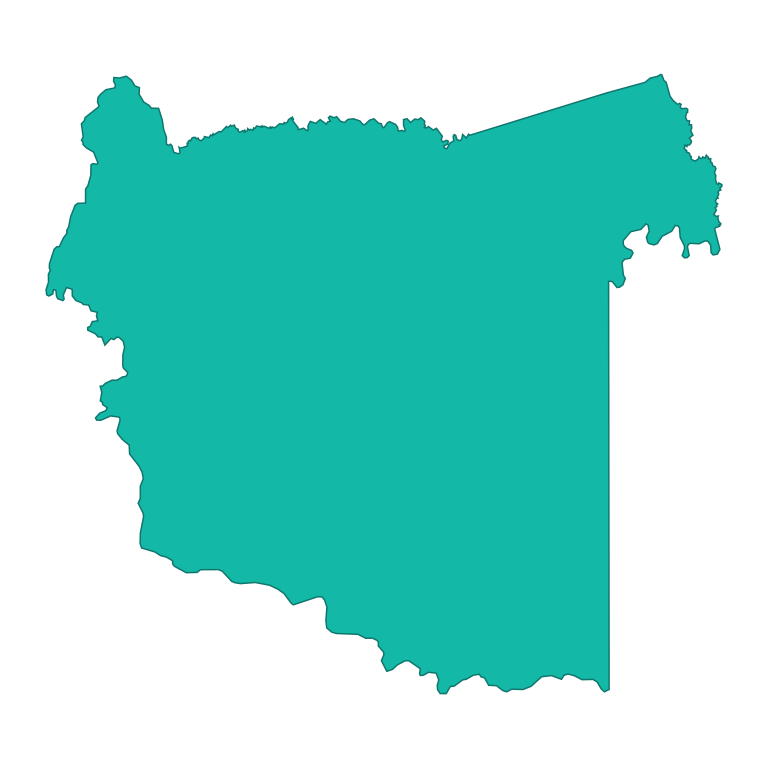 La Macarena, Meta, Colombia
{"feature_id": "7082276B91744588018589", "entity_name": "La Macarena", "entity_type": "district", "adm_level": 2, "iso_a3": "COL", "parent_name": "Colombia", "parent_adm1": "Meta", "projection": "natural_earth1", "projection_center": [-73.869, 2.122], "detail": "fine", "context": "isolated", "style": "filled", "palette": "teal", "viewbox_px": 768, "rotation_deg": 0, "n_neighbors": 0, "source": "geoboundaries", "source_scale": "gbopen_adm2", "svg_char_len": 6041}
<svg xmlns="http://www.w3.org/2000/svg" viewBox="0 0 768 768"><path d="M126.3,76.2L119.4,78.0L113.9,77.5L113.6,81.4L115.4,84.7L114.8,87.9L106.0,89.7L100.3,94.5L98.0,97.6L97.5,101.8L99.0,106.0L98.2,107.2L85.2,117.5L84.3,120.7L81.4,123.8L83.2,136.7L81.5,140.2L83.0,142.1L83.0,144.4L86.4,147.9L93.6,152.1L97.9,162.9L96.9,164.3L93.1,163.6L91.0,164.8L90.8,175.3L87.9,185.8L85.6,189.0L85.5,203.1L77.8,203.3L75.1,205.3L70.6,216.8L68.6,227.1L66.8,230.4L66.9,233.4L63.6,237.6L59.3,246.7L57.0,246.6L54.2,249.2L49.5,263.6L49.3,268.0L50.3,270.2L48.4,274.3L48.5,282.2L46.1,289.6L46.7,294.8L48.9,296.0L52.7,294.0L53.4,289.8L54.6,289.7L56.0,291.0L56.5,296.2L57.8,298.7L62.8,300.6L64.1,299.1L63.3,295.0L66.5,287.5L72.2,289.3L72.3,295.9L75.8,300.5L81.5,302.7L83.3,304.5L88.6,305.0L91.0,310.8L97.3,312.3L96.5,315.9L97.8,320.8L92.3,321.6L90.3,326.2L87.7,327.5L87.8,330.2L95.3,333.7L98.1,336.9L101.8,337.0L104.9,345.1L110.9,338.5L114.0,339.6L117.0,337.0L119.4,337.6L123.2,341.3L124.6,347.2L122.9,354.8L122.8,365.9L123.4,368.1L127.6,372.3L127.3,374.5L126.0,376.3L122.6,376.9L116.6,380.3L112.2,380.1L105.4,383.3L102.6,386.0L100.2,386.2L101.8,392.4L100.3,400.9L102.4,402.3L102.7,404.6L107.2,407.6L105.9,410.6L99.7,413.2L95.5,417.9L96.6,420.1L101.0,420.2L110.8,415.9L119.5,417.2L120.1,420.1L117.1,430.7L117.6,433.6L122.3,439.4L129.2,445.1L129.6,454.0L139.3,466.5L142.1,472.3L143.3,478.7L140.3,486.2L140.3,498.4L138.2,503.2L143.1,513.1L143.6,516.6L140.4,532.8L140.1,543.4L141.6,548.0L155.0,552.0L160.5,555.6L166.4,557.1L172.4,560.6L172.9,564.3L174.6,566.4L186.3,572.7L197.1,572.4L200.5,569.7L218.5,569.6L222.3,571.2L231.7,581.4L234.9,582.7L240.4,583.6L255.3,582.5L269.4,585.2L277.6,589.0L284.1,593.6L291.1,603.1L293.4,604.8L317.4,596.8L321.9,596.9L324.6,600.0L326.9,607.0L325.9,620.9L326.8,628.0L331.7,632.1L336.2,633.5L357.9,634.3L365.8,638.3L372.4,638.1L377.1,640.4L378.4,642.1L378.3,646.0L383.7,652.2L383.8,655.0L381.4,660.6L386.8,671.3L392.5,669.4L397.3,664.9L404.9,660.9L408.7,660.7L420.3,668.7L419.6,673.5L420.3,675.5L423.5,675.2L428.5,672.3L436.2,673.1L438.8,679.9L437.2,685.4L437.6,689.7L440.2,693.6L446.2,693.6L450.4,686.4L454.0,686.2L462.9,679.8L466.2,679.3L473.5,675.1L479.4,674.3L481.0,676.8L484.6,677.9L488.7,685.3L496.6,685.7L502.7,690.5L506.9,691.8L511.7,689.2L523.0,689.5L531.1,686.3L541.7,676.7L551.5,675.6L561.5,679.3L564.0,675.3L568.1,674.0L574.5,675.8L582.1,679.7L593.0,679.4L597.2,682.0L601.2,688.9L604.4,691.8L609.1,689.5L608.6,281.3L612.1,281.4L617.0,287.5L619.6,287.2L622.9,284.8L625.3,278.6L623.4,275.2L622.0,262.4L624.7,259.2L630.3,258.2L633.0,253.1L631.6,250.4L626.6,248.4L624.2,246.2L623.2,243.9L623.4,240.4L630.8,231.7L640.9,229.4L646.1,223.8L648.1,225.1L649.2,231.1L646.4,237.2L647.7,242.1L649.1,243.6L654.0,244.9L657.4,243.5L662.1,236.3L671.7,231.2L675.2,225.5L678.3,226.0L679.5,228.2L680.2,237.5L684.4,245.8L684.5,249.0L682.2,255.6L684.4,257.8L687.1,257.6L689.2,255.6L687.4,246.7L688.4,244.4L690.4,243.3L699.1,243.8L705.0,240.9L707.8,241.2L710.6,245.1L711.2,252.8L713.1,254.9L717.3,254.2L719.9,249.4L714.7,229.1L715.3,227.8L719.6,226.3L719.0,224.9L720.5,224.9L720.8,223.7L718.8,221.6L717.8,218.0L718.3,216.0L716.0,216.4L713.8,214.4L716.4,210.2L715.2,207.7L717.0,206.4L716.5,204.6L717.7,203.9L715.8,202.4L715.5,200.6L716.8,198.3L718.0,198.3L717.5,197.0L718.8,193.9L718.0,192.5L718.7,190.9L720.9,189.9L719.7,188.1L721.8,186.5L721.9,184.6L718.8,182.9L718.1,184.5L716.6,183.5L715.5,179.5L715.8,175.4L714.4,172.9L715.9,168.9L715.1,166.7L713.0,166.0L711.8,162.5L710.5,162.3L710.7,158.7L708.5,159.1L708.5,157.4L706.3,155.2L705.1,158.2L702.8,156.9L702.1,158.4L700.5,158.5L699.0,156.8L698.2,159.1L695.1,161.1L691.2,159.3L691.2,156.5L690.2,156.2L689.4,153.2L686.5,152.0L686.7,150.6L684.3,148.6L684.9,145.0L686.9,146.6L687.5,144.9L689.4,145.0L690.9,143.2L691.5,141.2L689.4,138.0L692.9,135.2L690.6,130.4L691.7,128.3L691.5,124.8L689.2,125.0L689.5,120.9L687.1,120.8L685.5,117.1L686.8,112.4L687.6,112.3L687.7,109.3L686.3,108.3L681.3,108.7L680.2,106.7L681.1,104.4L679.6,103.4L677.6,104.4L673.1,100.5L670.0,96.1L666.2,82.4L663.9,80.4L661.9,75.0L660.9,74.4L657.4,76.4L650.2,78.1L645.0,82.4L606.7,92.9L474.2,133.9L469.7,135.2L468.6,134.2L466.3,138.0L462.7,134.5L461.5,139.5L460.1,140.7L456.9,139.5L455.7,135.4L454.2,134.6L453.2,136.2L453.7,141.0L450.0,143.0L447.0,148.6L444.8,148.3L443.7,145.9L447.6,144.2L448.4,141.3L446.5,140.3L443.0,141.9L442.0,141.2L441.3,139.7L442.3,136.2L436.4,128.3L433.2,130.1L428.5,126.6L426.2,128.0L424.4,127.5L425.4,125.8L424.4,124.3L424.7,121.2L420.9,117.8L418.2,119.7L414.8,119.0L410.6,122.5L407.0,118.7L403.5,119.6L403.6,125.6L405.3,130.1L403.9,131.6L402.2,130.4L398.3,131.1L397.5,127.1L395.5,124.4L389.5,121.6L387.4,122.8L383.9,127.8L382.3,126.8L381.3,123.7L378.4,123.1L374.0,118.8L369.7,120.1L365.0,124.5L363.0,124.6L359.9,121.0L353.5,118.8L348.0,119.4L344.5,122.5L340.5,121.3L336.7,116.7L333.9,117.7L330.1,116.1L328.4,117.7L330.4,121.2L327.8,121.8L326.3,124.2L320.2,119.6L315.8,123.3L310.2,121.4L307.9,126.1L308.3,129.6L307.4,130.8L303.5,128.2L298.4,129.7L298.0,127.5L292.5,120.5L293.5,119.3L292.3,117.2L291.4,118.7L290.8,118.0L288.5,119.7L287.4,122.2L285.1,123.3L284.2,122.5L283.5,124.2L279.7,123.7L274.8,127.8L272.1,127.0L271.2,128.2L270.3,126.9L269.2,128.3L264.0,126.2L261.7,127.3L261.8,125.9L260.2,126.8L256.6,126.0L254.9,128.6L253.6,127.9L253.0,130.2L250.4,129.3L249.4,130.1L247.7,128.6L247.5,130.5L245.5,131.9L244.8,130.2L243.9,131.8L242.9,130.6L239.7,132.3L238.0,130.7L238.3,129.4L235.6,128.1L234.3,125.1L231.4,126.3L230.7,125.2L227.8,127.6L226.4,126.5L221.3,131.8L219.0,131.6L213.7,134.8L213.1,133.8L212.3,135.7L210.7,134.9L209.0,137.6L204.4,136.6L204.4,137.8L201.2,140.8L199.2,140.0L198.1,138.1L196.8,138.9L195.1,137.3L192.3,137.7L190.5,140.9L189.6,140.3L188.1,141.6L188.0,143.4L187.1,143.4L187.4,146.1L180.1,148.2L179.1,147.3L180.0,152.7L178.5,153.8L173.8,152.4L171.9,145.7L170.5,144.2L168.3,145.4L166.4,144.0L166.4,137.0L163.7,129.7L162.3,120.2L158.6,108.3L151.4,108.2L149.1,105.4L143.8,102.1L139.1,94.2L139.4,87.7L134.8,85.8L131.5,80.2L126.3,76.2Z" fill="#14b8a6" stroke="#0f766e" stroke-width="1.5"/></svg>